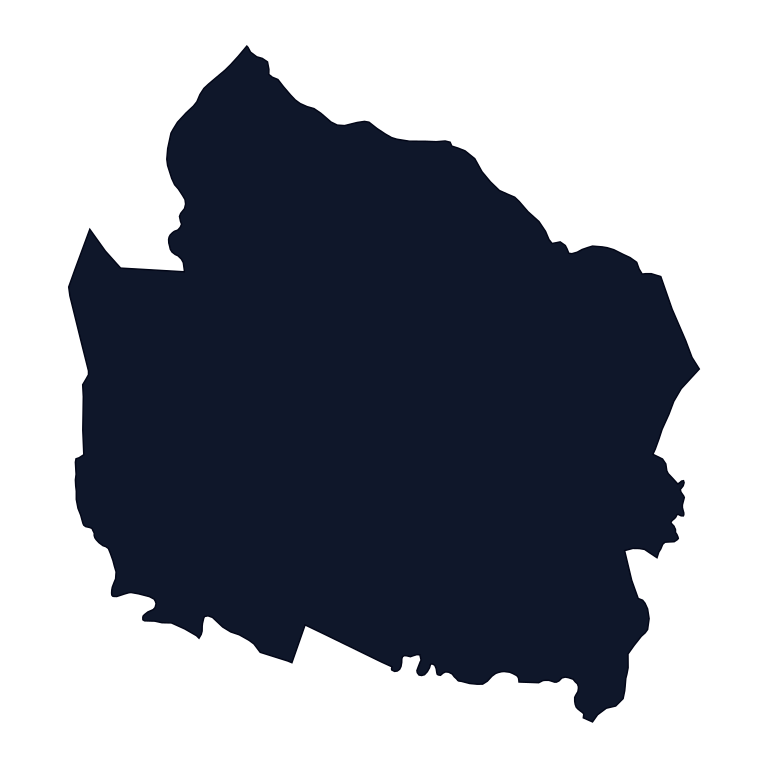 the district of Bim Son, Thanh Hóa, Vietnam
{"feature_id": "81297802B8967556658808", "entity_name": "Bim Son", "entity_type": "district", "adm_level": 2, "iso_a3": "VNM", "parent_name": "Vietnam", "parent_adm1": "Thanh Hóa", "projection": "natural_earth1", "projection_center": [105.883, 20.088], "detail": "fine", "context": "isolated", "style": "filled", "palette": "ink", "viewbox_px": 768, "rotation_deg": 0, "n_neighbors": 0, "source": "geoboundaries", "source_scale": "gbopen_adm2", "svg_char_len": 4728}
<svg xmlns="http://www.w3.org/2000/svg" viewBox="0 0 768 768"><path d="M660.8,276.6L651.3,273.7L645.4,273.7L642.2,274.1L639.1,269.0L636.7,262.3L630.1,257.6L623.2,254.4L613.8,249.7L607.2,247.7L602.3,246.9L592.5,246.1L587.6,247.6L582.1,249.5L577.2,252.2L571.9,253.7L568.8,253.3L567.1,249.0L565.3,245.5L560.2,241.9L556.3,242.7L552.1,243.5L549.0,239.6L545.5,231.3L539.0,221.6L528.0,211.7L519.2,201.5L514.7,197.2L508.1,194.4L499.4,190.5L490.4,181.8L482.0,171.7L474.8,158.7L465.1,150.9L458.1,148.1L451.8,146.1L450.1,142.2L445.2,141.0L436.2,141.7L425.7,141.3L409.3,141.2L396.8,139.2L391.6,137.6L385.3,134.0L377.0,128.5L369.0,122.2L364.5,121.4L357.1,122.5L344.6,125.6L337.3,125.1L331.0,122.0L320.9,113.3L314.0,108.6L307.0,106.6L300.1,103.5L295.2,99.9L290.4,94.8L283.4,86.6L277.9,79.5L272.3,77.2L268.8,74.4L268.9,69.3L267.5,61.9L262.3,58.4L256.7,56.8L250.5,52.1L248.0,47.4L246.8,46.1L238.0,56.6L230.6,64.7L225.0,70.2L216.3,77.5L208.6,84.0L203.9,88.4L200.0,94.4L196.9,101.7L193.4,106.1L186.2,112.8L177.5,122.2L173.3,129.0L171.0,133.1L167.7,148.5L166.8,159.2L167.6,165.5L171.7,178.4L174.6,184.7L178.3,188.9L182.5,195.3L185.0,199.5L185.6,204.1L184.5,208.6L180.7,213.4L179.5,216.4L180.5,221.3L181.6,224.2L180.2,227.4L177.7,230.1L174.4,231.3L172.5,232.7L170.2,235.0L169.1,237.1L168.6,239.5L168.8,243.0L169.7,246.5L170.3,249.2L172.0,252.0L175.2,254.5L177.9,255.7L181.4,259.1L183.3,262.6L184.3,270.0L184.3,271.8L120.6,268.1L105.4,251.1L89.8,229.3L75.0,269.4L68.7,287.0L69.9,295.9L81.7,343.8L86.9,364.5L88.3,370.1L88.5,370.8L88.5,374.7L86.2,378.8L82.7,384.7L83.3,396.7L83.1,411.0L82.9,424.1L82.8,430.0L83.8,454.7L83.2,455.1L79.0,457.8L76.0,458.8L75.4,462.2L76.1,474.3L75.4,479.9L75.7,485.7L76.3,491.2L76.3,495.6L76.3,499.4L78.0,508.3L80.7,515.1L82.3,521.0L83.0,523.5L83.8,525.2L85.7,526.6L89.7,527.5L92.0,528.4L92.9,530.5L94.2,533.0L94.2,535.6L94.9,537.8L96.3,539.8L99.0,542.7L101.4,544.5L103.0,545.7L105.8,546.6L108.4,548.5L110.4,553.4L112.9,560.4L114.4,566.2L116.1,571.9L115.6,578.9L114.0,582.7L112.3,587.2L111.8,590.0L111.6,593.0L111.8,595.0L112.6,596.1L113.6,596.4L116.8,596.5L124.7,593.9L128.9,592.7L131.1,592.5L138.5,593.8L149.4,596.6L154.1,599.1L155.3,601.2L156.1,603.7L155.1,607.5L153.2,609.6L147.8,612.0L144.4,614.7L143.1,616.1L142.8,617.7L142.9,619.4L142.9,619.8L144.5,620.8L150.5,621.0L154.7,621.1L161.9,622.7L171.4,622.9L184.7,628.9L196.5,635.7L199.0,638.2L201.2,634.4L202.1,631.1L202.2,626.2L202.5,623.4L203.7,618.2L204.5,616.5L208.0,615.8L212.5,617.4L222.7,627.0L230.7,631.9L239.3,634.8L248.7,640.1L253.9,643.9L260.2,652.3L287.8,661.0L291.9,662.7L305.1,624.9L325.9,634.9L379.0,660.8L381.9,662.2L392.0,666.8L391.5,668.9L391.8,670.0L394.6,671.4L397.3,671.0L399.6,669.3L401.0,666.5L401.7,662.5L401.8,658.7L402.6,656.6L404.3,655.6L406.8,655.8L410.4,656.7L412.9,655.8L416.8,654.6L419.9,654.8L421.1,660.2L420.2,661.9L418.1,667.3L416.9,670.6L417.3,672.7L419.0,675.0L421.7,675.5L422.3,675.3L424.5,674.7L427.3,671.7L429.5,667.8L430.4,664.6L431.4,663.9L432.8,664.1L434.8,665.3L436.2,668.7L436.8,672.7L437.2,674.2L438.2,674.9L440.5,675.3L443.0,673.1L445.2,672.0L446.9,672.0L448.7,672.2L452.2,674.0L454.3,676.8L456.6,678.9L457.9,680.5L458.8,681.0L461.3,681.3L469.7,683.5L477.3,684.2L482.7,684.1L487.3,681.2L492.0,676.1L495.7,673.4L498.2,672.5L501.5,671.7L504.1,671.5L509.7,672.2L512.8,673.5L516.8,675.6L518.4,677.7L518.8,680.0L519.0,682.0L538.7,682.7L542.8,680.6L545.0,680.3L548.8,680.3L552.4,681.4L554.4,682.1L556.5,682.1L559.0,680.9L561.8,678.0L565.2,677.1L568.3,677.6L573.1,679.2L575.3,681.9L577.4,683.8L578.4,686.6L578.4,688.5L577.9,691.6L575.7,695.3L574.7,697.4L574.7,701.2L575.2,704.3L576.2,707.1L577.8,708.9L580.4,711.0L582.7,712.7L583.8,714.1L583.3,717.8L592.5,721.9L597.5,714.8L606.3,708.2L615.7,706.0L623.1,698.6L624.7,690.8L625.1,686.7L625.8,678.4L626.9,674.1L628.1,667.8L628.0,654.0L634.1,645.4L641.3,636.3L645.2,632.8L647.6,629.5L649.1,618.6L647.6,608.9L645.0,603.2L642.6,600.2L638.2,598.5L631.7,580.3L624.6,550.6L632.8,548.4L639.2,548.5L644.6,549.4L650.2,553.2L657.0,557.7L658.8,552.1L660.8,548.9L662.7,544.3L665.0,542.2L668.0,542.0L674.2,541.7L677.1,539.8L678.3,538.5L678.0,537.1L676.9,534.5L676.1,533.3L675.5,532.4L675.5,530.1L675.4,529.2L674.7,527.9L674.0,526.2L671.9,524.0L671.0,522.8L671.1,522.0L672.1,520.5L674.0,519.0L675.6,517.4L677.0,514.7L678.0,514.3L681.1,515.8L683.3,515.9L683.8,514.8L683.8,512.9L683.1,510.4L682.4,507.6L682.4,504.9L684.3,497.5L683.6,495.9L681.0,492.2L680.3,489.5L683.2,485.8L684.1,482.7L683.5,480.7L681.5,481.1L680.3,482.2L677.8,484.0L673.0,478.7L668.2,473.6L666.8,470.8L665.8,463.9L662.5,459.0L652.9,454.3L655.3,449.0L659.0,438.8L662.1,429.3L668.9,414.3L673.8,401.3L681.2,388.7L699.3,369.0L692.0,357.4L685.7,340.6L672.1,309.1L660.8,276.6Z" fill="#0f172a" stroke="#020617" stroke-width="1.5"/></svg>